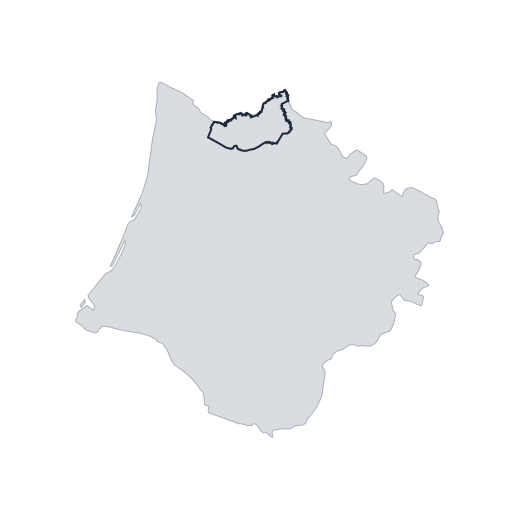 Cavally, Cavally, Ivory Coast (highlighted), rotated 119°
{"feature_id": "98640826B42717034718743", "entity_name": "Cavally", "entity_type": "district", "adm_level": 2, "iso_a3": "CIV", "parent_name": "Ivory Coast", "parent_adm1": "Cavally", "projection": "mercator", "projection_center": [-7.871, 6.299], "detail": "fine", "context": "in_parent", "style": "outline", "palette": "slate", "viewbox_px": 512, "rotation_deg": 119, "n_neighbors": 0, "source": "geoboundaries", "source_scale": "gbopen_adm2", "svg_char_len": 9516}
<svg xmlns="http://www.w3.org/2000/svg" viewBox="0 0 512 512"><g transform="rotate(119 256 256)"><path d="M128.1,117.1L129.7,117.1L133.7,115.9L137.4,113.2L140.8,107.5L145.4,103.0L150.6,103.3L152.1,102.5L154.0,102.3L156.1,105.3L158.3,107.6L159.9,107.7L161.0,112.0L170.5,113.8L174.6,114.9L178.0,118.1L179.2,118.2L180.7,117.5L181.8,116.4L182.0,115.2L180.6,112.4L181.2,109.8L182.7,107.5L185.2,107.4L188.9,106.8L193.1,106.8L196.2,107.2L197.5,104.9L196.3,98.5L196.6,95.0L197.1,92.0L198.3,90.8L203.0,94.5L207.3,95.9L210.4,96.0L211.2,95.3L209.9,91.2L210.3,90.0L211.4,89.2L213.4,88.8L218.9,87.2L219.5,87.5L220.5,93.9L220.0,96.0L221.2,100.4L222.6,104.4L222.5,106.1L221.3,108.6L220.0,110.9L220.1,111.8L222.3,113.4L226.5,115.0L230.8,115.4L233.2,113.1L235.7,111.1L237.5,109.4L238.1,106.9L240.8,105.0L248.7,102.7L255.9,102.3L257.6,103.1L260.9,106.6L265.1,109.1L271.4,108.8L275.9,110.2L279.9,112.9L282.5,119.0L285.4,123.3L286.7,129.5L291.3,132.8L294.9,134.3L299.7,138.8L304.8,141.1L310.0,140.5L312.4,142.9L316.3,144.6L320.2,144.7L323.6,139.5L328.1,137.4L339.5,133.3L344.1,131.4L348.6,130.2L359.6,129.8L369.8,131.1L374.9,132.1L378.4,131.4L381.7,133.8L385.1,139.0L387.9,140.7L390.7,142.5L392.9,146.5L395.3,150.6L396.7,152.4L399.8,156.4L402.4,156.4L405.0,154.7L406.1,153.4L406.6,156.1L405.6,160.3L405.8,163.0L407.2,164.0L406.4,167.4L403.4,173.2L403.4,176.6L406.4,177.7L408.5,181.3L409.8,187.6L411.1,189.6L411.2,190.9L413.4,206.0L416.1,221.1L414.4,223.0L412.0,223.6L410.5,224.3L410.1,225.7L411.1,227.8L410.4,229.6L407.5,230.9L401.2,235.7L400.7,237.6L399.0,241.7L397.6,244.2L395.6,248.8L392.3,261.0L391.1,271.1L390.9,274.2L389.6,276.4L388.2,279.5L381.3,288.2L377.8,295.3L378.2,298.3L378.4,301.4L377.3,303.7L377.5,309.6L378.4,314.6L379.6,319.5L384.6,333.4L387.2,341.8L388.8,348.6L390.2,353.2L391.6,355.0L392.1,356.8L399.5,358.0L401.0,359.0L403.0,367.9L402.6,371.9L401.2,373.4L401.2,376.7L400.9,380.9L399.8,382.6L395.7,382.8L392.8,384.4L389.1,383.8L388.8,382.7L386.8,382.4L381.3,380.0L382.2,372.3L379.6,372.0L377.7,373.0L373.7,382.2L371.9,383.8L344.4,379.0L338.5,375.2L331.3,374.3L318.9,374.8L308.6,375.9L305.7,378.2L331.6,376.9L334.4,377.1L335.7,378.5L302.9,381.6L290.4,383.4L286.7,382.9L283.9,379.9L270.3,379.6L267.5,380.6L265.8,382.7L271.2,382.3L279.6,382.1L281.9,383.8L255.5,386.0L237.1,390.1L229.4,393.2L203.8,403.2L188.2,408.0L184.2,409.7L177.1,414.7L168.0,417.8L157.7,423.5L151.5,424.8L150.1,423.0L149.9,413.2L149.1,400.1L149.4,395.1L150.2,390.3L150.2,386.4L153.4,385.0L154.2,383.3L154.6,378.2L157.5,373.6L157.6,365.5L158.5,363.8L159.1,361.6L157.9,356.3L156.3,346.3L155.5,345.6L154.8,346.1L153.1,346.3L146.7,342.8L141.8,342.2L138.3,339.2L138.1,335.9L136.4,333.9L135.2,330.0L133.5,325.5L128.6,322.8L124.0,322.2L120.7,322.7L116.9,322.6L112.5,321.1L109.5,319.4L106.6,316.1L104.0,313.5L101.9,313.8L99.3,313.2L96.7,312.0L95.9,311.1L106.5,300.7L110.2,295.6L110.5,292.5L110.6,289.3L111.7,286.1L112.0,281.2L106.2,263.3L104.7,257.7L103.1,256.1L102.1,255.5L105.0,253.2L109.1,253.8L115.4,255.6L116.8,253.8L121.6,244.8L121.4,241.5L121.0,239.1L123.7,233.0L125.9,230.5L127.1,228.0L126.7,224.4L125.1,223.1L122.9,223.4L120.2,222.5L116.2,220.5L114.2,218.7L114.8,210.5L115.2,208.0L116.6,206.5L118.8,206.1L125.0,205.8L130.1,206.8L134.5,207.3L136.9,207.3L138.8,209.7L141.3,212.2L143.6,212.2L144.4,210.4L143.8,202.3L142.3,198.0L139.0,193.9L130.2,190.4L130.0,185.4L130.9,180.1L132.8,178.1L139.3,174.7L138.1,172.9L136.0,171.0L131.9,169.0L132.9,162.6L133.1,156.9L129.6,157.6L126.0,157.9L123.0,156.1L120.4,152.7L119.9,143.1L120.0,132.1L119.5,127.2L120.4,124.6L123.5,122.2L126.9,119.1L128.1,117.1ZM385.6,383.9L384.1,386.0L377.2,384.7L378.8,382.9L385.6,383.9Z" fill="#d9dde1" stroke="#a8b0b8" stroke-width="1"/><path d="M128.0,286.2L127.8,286.3L128.1,286.4L128.1,286.5L127.7,286.7L127.9,286.8L127.8,287.1L127.2,287.0L127.2,287.4L126.9,287.1L126.6,287.6L126.9,287.8L126.7,287.9L126.3,288.3L125.9,288.3L125.9,288.7L125.2,288.9L125.4,289.1L124.8,289.3L124.4,289.8L124.4,289.3L124.1,289.2L123.8,289.4L123.8,290.0L123.4,290.2L123.6,290.7L123.6,290.8L123.2,290.4L122.6,290.7L122.3,290.7L122.2,291.0L122.4,291.1L122.5,291.0L122.5,291.3L123.2,291.6L122.9,291.8L122.8,291.5L122.6,291.6L122.6,292.2L122.9,292.4L123.1,292.3L123.0,292.5L122.7,292.3L122.3,292.8L121.9,292.9L122.0,293.6L121.8,293.6L121.9,293.9L122.2,294.0L122.4,293.3L122.7,293.5L122.7,293.8L122.6,294.0L122.4,294.0L123.0,294.5L122.9,294.7L123.1,294.8L123.1,295.1L122.7,295.2L122.9,295.4L123.3,295.2L122.9,295.5L122.4,295.2L122.1,295.9L121.9,295.6L121.7,295.6L121.7,296.2L121.4,296.1L121.1,296.7L120.9,296.4L120.7,296.4L120.0,297.0L119.7,297.7L119.2,297.5L118.9,297.7L119.3,298.2L119.0,298.5L119.0,299.1L119.3,299.2L119.2,299.6L118.9,299.8L119.2,299.9L119.2,300.0L118.5,300.1L118.3,300.5L117.5,300.7L117.3,300.5L117.7,300.1L117.4,299.7L117.2,299.5L116.5,299.5L116.5,300.1L116.5,300.3L116.1,300.2L116.0,300.3L116.2,300.6L115.5,301.0L115.4,301.2L116.0,301.5L116.1,301.9L116.4,302.1L116.1,302.0L116.1,302.3L115.3,302.3L115.3,302.8L115.0,302.9L114.7,302.4L114.4,302.5L115.0,303.1L115.1,303.5L114.4,303.9L114.5,304.1L114.8,304.0L114.6,304.2L114.8,304.8L114.7,305.2L113.6,304.9L113.4,305.4L112.8,305.8L112.6,306.4L112.3,306.0L111.7,306.1L111.4,306.8L110.7,307.2L104.6,303.2L104.7,302.9L104.4,302.9L104.0,303.2L103.9,303.7L104.1,304.0L103.4,304.2L103.3,304.5L102.9,304.4L102.7,304.6L102.1,304.7L102.1,305.1L102.3,305.4L102.0,305.6L101.8,305.2L101.5,305.2L101.2,305.5L101.2,306.4L100.9,306.2L100.5,306.4L100.1,305.6L99.6,305.8L99.9,306.7L99.7,308.1L99.4,308.3L98.6,307.8L98.2,307.9L97.9,308.5L98.5,309.0L98.2,309.2L97.8,310.3L97.6,310.1L97.1,310.3L97.2,310.7L96.9,311.1L97.1,311.4L97.3,311.6L98.8,311.6L99.9,312.3L100.2,313.1L101.0,314.3L101.5,314.7L102.5,315.1L103.0,314.6L103.0,314.0L103.6,313.6L103.9,313.1L103.4,311.7L103.6,311.4L104.5,311.8L104.6,312.0L104.8,313.0L105.0,313.2L105.2,313.6L106.8,314.5L106.0,315.2L106.0,315.4L106.4,315.6L106.5,315.4L106.6,315.9L107.0,316.3L106.9,317.0L107.4,317.7L107.1,318.0L106.6,318.0L105.9,318.4L106.3,318.6L106.8,319.4L107.4,319.6L107.5,319.0L108.0,319.0L108.2,318.8L108.6,318.9L109.2,318.7L109.7,318.0L109.9,318.4L110.2,318.5L110.9,319.0L111.2,319.0L111.5,319.6L111.8,319.7L112.0,319.4L112.6,319.5L112.7,320.1L113.4,320.1L113.3,320.5L112.9,320.5L112.7,320.6L112.8,321.0L113.8,321.2L114.0,321.0L114.5,321.1L114.9,320.9L116.1,321.9L116.5,321.8L116.7,322.0L117.3,321.8L117.4,322.1L117.6,322.1L117.7,322.5L118.4,322.8L118.4,323.1L118.6,323.4L119.3,323.2L120.9,323.2L121.9,322.5L122.3,322.7L122.5,322.6L122.8,321.9L123.5,322.2L123.9,321.9L124.2,321.9L124.4,321.8L125.0,321.9L125.3,321.5L126.1,321.3L126.3,321.3L127.5,321.0L127.9,321.7L127.9,322.2L128.0,322.4L128.6,322.1L128.6,322.4L128.8,322.4L129.0,322.2L129.2,322.3L129.5,322.8L129.8,322.9L130.0,322.8L130.3,322.2L130.5,322.3L131.1,323.0L131.4,323.1L131.6,323.0L131.8,322.5L131.9,323.4L132.1,323.5L132.4,323.4L132.4,323.0L132.5,322.8L133.1,324.1L133.9,324.8L135.1,325.6L136.3,327.1L136.9,327.5L136.6,327.6L136.0,327.5L135.7,327.8L136.1,328.2L135.9,328.7L136.2,329.1L135.5,329.5L135.4,329.7L135.5,330.7L135.3,331.2L135.4,332.4L135.2,332.8L135.3,333.0L135.7,333.1L135.4,333.7L135.5,333.9L135.8,333.9L136.3,333.5L136.3,333.2L136.5,332.8L137.1,333.0L137.3,333.3L137.6,333.3L137.8,332.9L138.3,333.4L138.4,333.9L137.9,334.4L138.0,334.9L139.5,335.8L139.7,336.0L138.8,336.4L138.6,336.7L138.5,336.9L138.9,337.4L138.4,337.7L138.4,338.9L140.0,339.3L139.8,339.7L139.9,340.3L140.8,341.0L141.2,341.6L141.7,341.5L143.1,343.0L144.0,343.5L144.2,343.4L144.7,342.9L144.1,342.3L144.0,341.9L144.4,341.8L144.7,341.0L145.2,340.6L145.2,341.1L145.4,341.4L145.2,342.0L145.2,342.6L145.4,342.7L145.8,342.3L146.4,343.0L146.7,342.9L147.0,343.0L147.2,342.9L147.5,343.1L147.8,343.8L148.2,343.6L148.4,344.0L148.6,344.0L148.8,343.5L149.2,343.4L149.5,343.6L150.8,344.7L150.1,344.6L149.7,344.9L149.8,345.1L150.5,345.2L150.6,346.1L151.3,346.9L151.6,346.8L151.7,346.5L151.5,346.1L152.0,346.2L152.4,345.6L152.7,345.6L153.0,345.7L153.1,346.2L152.6,346.3L152.6,346.6L153.3,346.7L153.5,346.9L153.4,347.1L153.8,347.3L154.0,347.6L154.6,348.0L155.0,348.0L155.2,347.8L155.2,347.0L155.5,346.8L155.3,346.2L155.7,345.4L156.4,345.6L156.5,345.8L156.7,345.7L156.7,346.0L157.4,346.4L157.2,346.6L157.3,347.4L156.6,348.6L156.8,348.9L156.7,349.3L156.8,349.5L157.1,349.3L157.4,349.8L157.4,350.1L156.6,350.8L156.6,351.2L157.0,351.3L157.1,351.8L157.0,352.2L157.2,353.1L157.3,353.3L157.2,353.7L157.5,354.2L158.0,354.2L157.8,355.0L158.2,355.3L158.3,356.0L158.6,356.6L159.1,357.1L159.0,357.7L159.1,357.8L159.8,357.7L160.1,357.9L161.1,357.7L161.8,357.9L162.2,357.6L162.8,357.9L163.3,358.1L164.1,357.6L164.9,357.9L165.8,358.0L166.7,356.6L175.5,355.5L175.4,343.8L175.7,334.9L174.5,329.9L173.9,329.6L173.6,329.2L173.7,328.9L173.2,328.6L172.9,328.6L172.1,328.2L171.5,328.5L170.6,328.3L170.3,328.2L169.2,327.1L169.1,326.7L169.4,326.3L169.4,325.8L170.1,325.3L170.3,324.7L171.2,323.9L170.9,322.9L171.1,322.1L170.8,321.8L170.5,321.1L170.8,320.4L169.7,317.0L168.9,316.1L168.5,315.3L167.0,313.7L166.2,313.2L163.6,309.8L159.3,306.8L153.7,304.0L151.4,302.5L151.6,301.8L151.9,301.6L151.4,301.3L150.8,301.1L150.7,300.8L151.0,300.7L150.7,300.1L150.6,299.6L150.7,299.3L150.5,299.2L149.9,299.5L149.9,298.8L149.6,298.8L149.6,298.1L149.8,297.4L150.1,297.2L150.4,296.2L150.3,295.9L149.9,295.8L149.6,296.1L149.4,296.2L149.2,295.5L148.9,295.4L148.6,295.6L148.1,293.3L147.8,293.1L147.6,293.1L147.2,292.7L146.7,292.7L147.0,292.3L136.0,292.0L133.7,288.0L133.1,287.9L132.3,287.1L131.2,286.8L131.0,287.3L130.5,287.3L130.1,287.0L128.9,286.7L128.0,286.2Z" fill="none" stroke="#1e293b" stroke-width="2"/></g></svg>